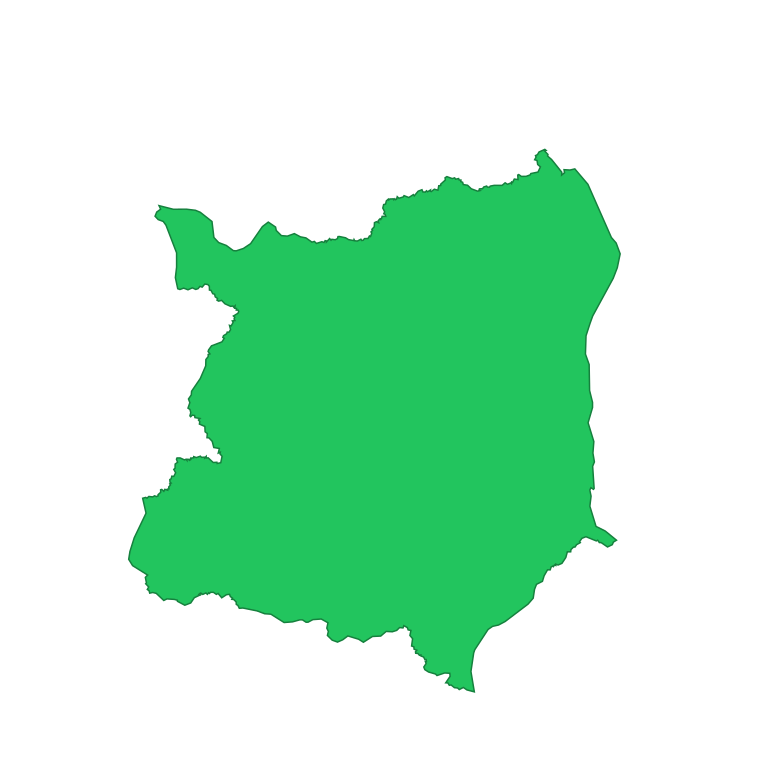 outline of Chanuman, Amnat Charoen, Thailand, rotated 17°
{"feature_id": "78962969B71336956115942", "entity_name": "Chanuman", "entity_type": "district", "adm_level": 2, "iso_a3": "THA", "parent_name": "Thailand", "parent_adm1": "Amnat Charoen", "projection": "mercator", "projection_center": [104.897, 16.141], "detail": "fine", "context": "isolated", "style": "filled", "palette": "green", "viewbox_px": 768, "rotation_deg": 17, "n_neighbors": 0, "source": "geoboundaries", "source_scale": "gbopen_adm2", "svg_char_len": 6170}
<svg xmlns="http://www.w3.org/2000/svg" viewBox="0 0 768 768"><g transform="rotate(17 384 384)"><path d="M503.6,122.5L499.3,125.0L493.5,126.4L494.9,129.2L492.8,132.3L492.1,129.5L478.6,120.3L473.8,118.2L473.7,116.6L469.3,114.1L470.7,113.2L469.2,112.6L464.4,116.8L463.7,119.8L462.1,121.3L463.1,122.5L462.5,125.5L465.0,125.5L466.8,129.2L470.1,130.6L469.3,136.3L462.9,139.8L462.6,141.3L459.3,143.8L454.7,145.3L451.6,144.3L450.8,145.1L452.4,149.3L448.7,149.9L448.0,153.6L447.0,153.5L447.3,155.0L446.6,154.5L443.8,156.9L441.0,156.2L438.9,159.5L431.3,161.8L427.7,163.7L427.4,164.9L425.3,165.5L424.3,164.7L421.8,166.4L421.1,168.4L418.2,169.5L418.2,170.8L419.2,171.0L417.1,172.2L410.4,171.8L405.8,169.5L401.5,170.1L400.2,168.1L398.2,168.0L398.0,166.5L396.2,166.9L395.3,165.7L392.6,167.2L391.3,166.2L389.2,167.6L383.5,167.3L382.1,168.9L383.0,171.0L379.8,176.3L380.2,177.6L378.4,178.4L378.9,182.9L375.2,183.0L372.9,186.2L371.8,186.1L371.7,184.9L369.5,187.4L368.1,186.8L367.5,188.3L365.1,189.0L363.5,187.1L360.3,189.6L357.9,195.3L356.7,194.3L353.2,198.4L348.1,198.0L347.6,199.6L343.9,202.0L341.9,201.0L342.0,203.6L341.0,204.4L340.2,203.7L339.5,204.9L338.9,204.2L335.4,205.4L334.8,206.6L334.1,205.9L332.7,208.2L332.9,211.5L331.2,212.5L331.4,216.1L334.3,219.1L334.0,221.3L335.5,221.4L336.7,223.2L333.2,224.2L333.3,226.7L332.1,227.0L332.5,227.8L331.4,228.0L330.7,229.8L331.7,231.3L329.3,231.0L327.7,232.5L328.7,236.5L327.2,239.6L328.1,240.4L327.1,242.4L328.2,243.2L328.0,246.9L326.8,246.7L326.2,249.5L322.8,250.7L322.1,252.6L320.8,253.3L319.6,252.3L316.7,255.1L314.1,255.6L313.1,254.6L313.1,255.7L307.9,256.3L304.5,255.4L298.1,256.0L296.9,256.5L297.0,258.5L295.2,260.3L291.8,260.9L291.3,262.0L289.5,260.8L287.4,265.1L287.0,264.0L285.8,264.1L285.2,266.2L283.0,266.1L278.3,269.3L275.7,268.0L273.6,269.4L266.6,267.1L261.1,267.7L254.3,266.4L248.4,270.8L242.5,272.1L236.1,268.7L234.4,265.6L226.0,263.0L221.7,269.0L215.4,288.8L209.9,295.5L203.7,299.9L200.9,300.5L192.7,297.6L184.6,297.1L178.5,293.6L172.0,278.9L158.1,273.5L152.9,273.0L143.9,274.6L131.5,278.5L116.7,279.2L119.3,282.1L116.4,286.0L116.0,290.5L120.0,292.8L125.4,293.1L129.1,295.9L147.3,319.2L151.5,332.9L153.4,343.3L158.9,353.2L161.2,353.3L164.4,350.9L169.0,351.2L172.6,348.1L176.3,348.6L178.3,347.2L179.4,344.5L181.8,344.5L183.4,340.8L186.5,340.4L188.4,341.6L189.6,345.2L191.2,345.0L193.8,347.7L195.8,347.7L197.1,350.0L199.8,350.9L199.8,352.7L201.6,353.1L204.3,351.5L208.4,353.8L214.6,354.6L216.7,353.6L217.7,354.4L218.7,352.8L219.0,355.2L220.9,354.9L221.1,356.5L222.9,356.0L223.9,357.2L223.6,359.1L220.1,363.0L221.8,363.8L221.6,365.6L222.9,366.9L220.5,368.0L221.7,369.1L220.9,373.1L219.1,373.1L221.4,376.9L220.5,379.9L218.9,380.2L218.8,382.0L216.4,384.7L216.3,386.6L217.9,387.0L216.7,391.1L207.9,397.9L206.3,402.6L206.3,404.4L208.7,406.1L207.2,407.2L207.9,409.1L206.5,412.6L208.2,418.8L206.7,432.4L202.1,447.2L202.9,450.8L201.4,455.5L203.8,458.6L203.6,464.4L205.9,465.1L207.6,467.9L207.7,471.2L208.7,471.8L209.8,469.8L212.1,469.5L213.0,471.4L218.1,470.8L217.1,472.7L218.8,473.8L219.2,476.3L225.1,477.0L226.9,482.0L229.5,483.0L230.4,487.1L232.3,486.7L236.5,489.1L239.8,494.5L245.4,493.8L245.7,498.5L247.4,497.1L247.6,498.8L250.3,500.5L250.9,507.0L247.7,508.8L247.1,507.7L243.6,509.0L237.4,506.0L235.6,506.8L235.1,505.2L234.1,507.1L233.9,506.4L230.9,507.5L229.5,506.7L226.1,509.2L223.3,509.1L223.6,510.2L221.7,511.0L221.3,512.5L220.7,511.8L220.3,513.8L218.9,513.2L217.5,513.6L217.9,514.7L216.6,513.9L215.3,514.9L210.8,514.3L207.7,515.2L207.5,516.6L209.5,519.2L207.7,521.6L208.8,525.7L207.9,527.1L210.7,529.8L210.0,533.8L208.0,534.2L208.2,536.8L207.1,538.0L208.1,540.5L209.4,541.0L208.3,542.1L209.3,543.0L208.2,545.5L209.0,547.1L207.6,547.9L208.1,548.8L205.2,548.8L204.8,551.0L202.3,549.8L201.3,550.4L202.1,552.9L200.3,555.8L200.7,557.0L199.3,558.2L197.3,558.0L195.8,559.6L192.0,560.3L190.7,562.5L189.3,562.1L186.6,563.8L194.2,577.1L190.1,604.1L190.0,618.4L191.1,626.3L196.7,631.2L213.8,635.8L212.3,638.7L215.0,643.7L214.5,644.7L218.3,646.9L217.7,649.7L219.7,650.3L221.1,652.5L223.8,651.0L227.4,650.8L236.7,655.4L239.2,653.0L246.4,651.3L249.6,651.2L250.0,652.2L258.2,653.8L263.2,649.9L265.1,643.8L269.3,640.0L268.4,639.5L269.4,637.8L270.4,638.8L270.6,637.7L272.2,638.2L274.8,635.9L276.6,636.8L277.4,634.9L278.3,635.3L279.1,633.9L281.8,633.1L285.2,634.2L286.6,632.8L291.3,635.9L295.0,631.5L297.8,630.3L299.2,632.2L301.6,633.0L301.4,634.4L303.2,634.0L306.3,635.6L307.2,638.0L309.0,638.4L311.2,640.8L314.5,639.5L328.9,638.1L337.0,638.6L343.1,637.2L358.2,641.3L366.1,638.2L372.4,634.2L375.0,633.4L379.1,634.6L381.0,634.0L384.9,630.1L392.7,627.1L400.2,628.7L400.7,634.2L403.1,636.8L403.4,641.0L409.3,644.1L415.0,644.4L419.3,640.7L423.1,635.5L434.4,635.5L439.8,637.0L446.8,628.8L454.6,626.0L458.4,620.0L464.4,618.5L468.2,615.9L470.1,612.4L473.5,611.7L473.6,609.3L477.5,610.1L479.0,612.1L481.8,611.8L482.3,616.9L485.8,619.2L487.0,626.5L489.4,626.6L490.3,628.8L493.2,629.0L492.4,630.9L493.0,632.2L495.3,631.8L497.2,633.1L498.5,632.3L498.8,633.3L501.7,633.5L503.7,635.6L504.9,635.2L505.7,637.0L504.7,637.3L506.0,639.0L504.8,643.0L506.5,645.2L510.8,646.4L518.1,646.3L519.9,647.3L526.5,642.6L531.5,641.4L532.7,644.2L530.4,651.7L532.5,651.2L534.5,653.0L536.2,652.2L540.1,653.8L543.3,653.2L545.3,654.2L548.6,651.0L552.7,652.3L560.4,652.0L551.2,633.5L548.4,614.9L548.5,611.6L555.3,588.3L558.7,584.0L564.0,581.0L569.3,575.7L586.1,552.4L589.3,545.2L588.0,536.4L588.4,531.0L593.2,526.4L593.2,520.6L594.7,513.9L597.3,513.1L597.3,510.2L598.7,508.7L599.4,509.1L600.0,507.2L601.3,507.3L600.9,506.1L603.4,506.2L606.6,503.5L608.6,496.8L608.4,490.9L611.6,489.9L611.2,487.7L612.8,484.7L614.4,484.0L615.1,481.4L618.1,478.3L617.1,477.6L618.4,473.7L621.8,471.0L632.9,472.0L634.0,470.9L636.3,472.7L638.1,472.2L645.4,474.5L649.3,470.9L649.6,468.1L652.0,465.4L638.5,459.9L628.4,458.2L616.6,440.7L614.8,430.7L611.8,425.2L612.2,422.7L615.1,423.5L615.5,422.5L607.6,401.7L608.0,397.0L604.0,389.0L601.5,377.7L590.5,361.4L590.3,345.5L588.8,340.6L582.5,330.1L574.5,305.4L567.9,296.5L563.1,278.8L563.3,265.9L563.7,257.9L572.3,215.9L573.1,204.6L571.8,190.5L564.8,181.3L558.6,177.4L520.6,133.4L503.6,122.5Z" fill="#22c55e" stroke="#15803d" stroke-width="1.5"/></g></svg>